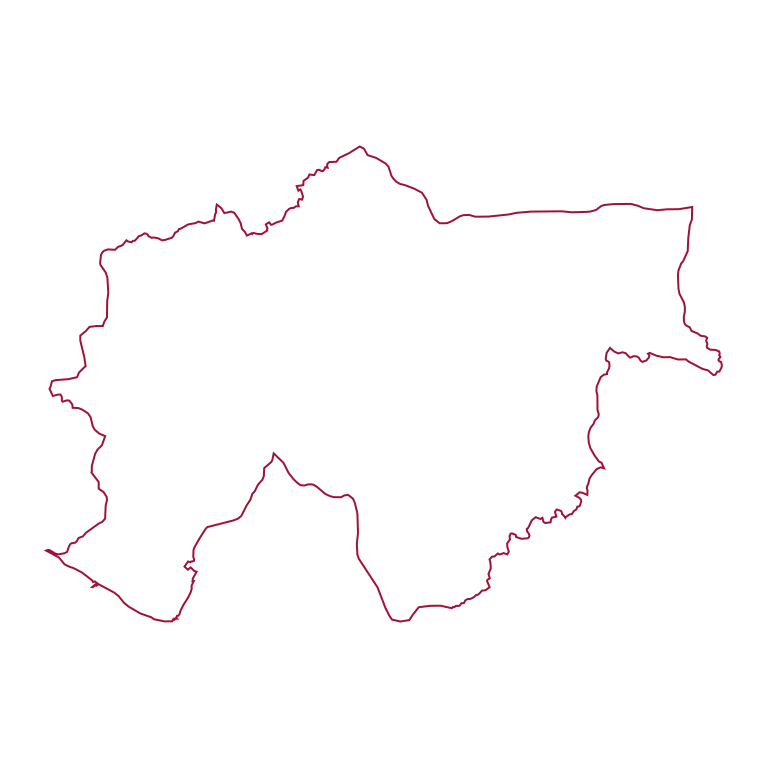 San Pedro, Antioquia, Colombia (Mercator projection)
{"feature_id": "7082276B41914425714462", "entity_name": "San Pedro", "entity_type": "district", "adm_level": 2, "iso_a3": "COL", "parent_name": "Colombia", "parent_adm1": "Antioquia", "projection": "mercator", "projection_center": [-75.553, 6.456], "detail": "fine", "context": "isolated", "style": "outline", "palette": "rose", "viewbox_px": 768, "rotation_deg": 0, "n_neighbors": 0, "source": "geoboundaries", "source_scale": "gbopen_adm2", "svg_char_len": 6047}
<svg xmlns="http://www.w3.org/2000/svg" viewBox="0 0 768 768"><path d="M692.2,207.0L678.7,209.2L667.1,209.3L657.4,210.2L643.6,208.2L638.1,205.8L630.8,203.9L613.3,204.1L604.1,205.0L601.1,206.1L596.0,210.0L590.1,211.6L586.0,211.9L571.7,212.3L561.7,211.3L530.9,211.6L516.9,212.8L508.3,214.5L488.3,216.6L475.1,216.7L469.1,214.9L463.2,215.2L459.9,216.3L452.1,221.0L447.0,223.2L439.7,223.3L434.3,219.0L428.0,205.7L426.6,199.8L421.9,192.7L414.3,188.7L404.6,185.0L400.2,184.0L396.4,181.8L393.7,179.1L391.5,175.9L388.5,166.7L385.5,163.4L375.9,157.8L367.6,155.1L363.9,148.6L359.7,146.5L348.6,153.4L339.3,157.8L336.4,161.8L329.3,162.0L327.4,163.8L327.1,165.6L327.7,167.7L325.3,167.2L324.5,169.2L322.9,171.1L321.2,170.9L319.4,169.8L317.1,170.0L314.3,175.1L309.4,174.5L308.1,177.6L303.5,180.9L303.3,185.1L296.7,186.1L298.4,190.7L300.1,189.5L301.0,190.3L303.0,196.5L302.2,199.6L299.3,199.0L298.8,199.9L297.8,202.5L298.7,206.3L296.0,206.3L293.7,207.9L291.1,208.0L289.1,208.9L286.0,211.9L284.5,216.2L282.2,220.6L276.3,222.5L272.2,224.6L271.0,224.8L269.2,222.3L266.7,223.8L265.8,224.5L267.5,228.4L266.9,230.0L267.2,230.6L261.8,234.0L257.1,233.9L253.3,232.9L252.2,234.0L251.7,233.3L246.9,235.6L244.8,231.8L242.0,228.9L240.8,223.6L238.9,219.6L234.4,212.9L231.3,211.6L224.3,213.1L221.4,208.2L216.8,204.6L215.9,209.4L216.1,212.4L215.1,214.3L214.0,220.8L212.6,220.5L204.6,223.4L198.4,221.6L195.6,223.1L188.2,224.4L180.8,228.6L178.9,229.1L177.9,231.2L175.0,232.7L173.4,236.0L171.8,237.8L164.7,240.0L162.0,240.3L158.2,238.3L154.0,237.5L151.6,237.8L148.5,236.2L147.8,234.7L146.4,233.7L144.4,233.4L141.0,235.6L139.0,236.0L134.9,240.7L132.8,240.9L131.5,242.3L127.8,241.4L126.4,240.3L122.6,245.1L117.9,247.0L115.0,249.8L107.9,249.4L104.2,250.7L102.8,251.8L101.0,254.8L100.1,262.9L100.4,264.8L105.8,272.7L107.4,277.8L108.3,293.0L107.2,301.3L107.0,317.3L104.3,321.7L102.8,326.0L95.7,326.1L89.5,326.9L85.7,331.2L80.3,335.6L80.3,340.7L84.3,357.1L85.6,366.1L79.0,372.5L77.1,377.2L68.2,379.2L55.7,380.1L51.9,381.3L50.7,386.4L49.5,388.9L52.9,396.0L57.8,394.6L60.4,394.5L61.8,396.7L61.9,400.7L62.7,401.7L67.2,400.3L69.4,400.7L72.4,404.6L72.6,407.8L78.2,408.0L82.4,409.7L87.9,413.3L90.6,417.2L92.8,426.4L94.8,429.8L99.4,433.7L105.2,436.1L101.9,445.3L97.4,449.7L95.1,453.9L91.8,466.1L91.8,471.1L91.4,472.5L98.7,482.0L98.7,488.7L103.6,492.1L106.6,496.8L107.0,500.1L105.7,505.5L105.1,518.6L102.3,521.8L99.0,523.4L86.0,532.7L82.9,536.4L78.5,538.0L76.9,541.0L75.2,542.7L71.3,543.3L70.4,544.0L69.0,546.3L67.1,551.9L64.3,553.3L58.1,554.4L55.4,553.6L49.5,550.1L47.9,549.9L46.1,550.6L59.0,557.5L64.5,564.3L70.0,567.0L73.1,567.9L81.8,572.4L92.2,580.4L93.0,582.0L94.8,581.4L97.0,583.1L92.2,587.1L92.8,587.2L95.5,585.2L96.4,585.8L98.4,584.1L114.2,592.6L118.7,596.2L124.2,603.0L128.8,606.7L140.2,613.4L151.6,617.4L153.8,619.2L164.7,621.4L172.2,621.3L173.0,619.6L173.6,620.1L174.6,619.6L174.4,618.6L177.2,618.7L176.3,617.5L176.9,615.9L178.3,615.7L179.6,614.0L180.5,610.8L183.2,605.3L188.1,597.5L190.8,592.0L191.7,588.7L191.6,585.6L193.8,581.1L192.5,581.2L192.9,578.3L196.6,571.7L194.4,571.0L190.6,567.4L187.8,569.7L184.5,566.6L188.1,561.5L190.3,562.2L190.9,561.6L193.8,561.1L194.2,559.6L193.3,556.9L193.5,549.9L194.4,547.4L199.4,538.6L205.7,528.8L207.3,527.1L233.2,520.5L237.7,518.8L241.2,516.1L246.6,505.5L250.5,499.5L252.4,493.7L254.8,491.2L257.9,484.8L262.4,479.7L263.8,476.2L264.2,468.1L271.3,462.0L272.3,460.1L273.7,453.4L283.4,462.7L288.5,472.8L293.2,478.8L297.1,482.7L300.5,485.2L304.6,485.5L307.5,484.5L310.8,484.3L313.5,484.7L317.1,487.0L325.4,494.0L330.2,496.2L334.1,497.2L341.2,497.2L344.1,495.5L348.0,494.8L353.0,498.7L354.8,502.8L357.4,513.5L358.0,533.0L356.8,544.0L357.4,554.6L358.8,558.7L377.6,587.5L385.5,608.1L389.4,615.8L392.0,619.6L400.3,621.5L409.3,620.1L413.1,614.3L418.8,607.2L430.3,605.8L440.5,605.7L451.8,608.2L452.9,607.0L454.1,607.3L456.0,605.8L458.5,606.0L459.8,605.5L461.5,603.2L463.9,603.1L465.4,600.3L467.5,599.1L470.4,598.9L473.7,597.3L475.9,595.2L477.6,594.9L479.7,593.2L482.0,590.6L485.4,590.3L489.6,587.2L487.0,580.9L487.4,579.9L489.8,578.3L488.5,574.0L490.8,568.3L490.4,562.6L489.5,559.4L492.0,556.7L494.5,556.4L497.8,553.5L499.7,554.5L503.6,553.1L507.3,554.4L508.8,551.5L507.4,547.2L507.1,543.6L510.0,539.4L509.5,536.1L510.7,533.6L512.1,533.4L515.7,534.9L516.1,537.0L521.6,538.8L527.7,538.3L528.9,537.3L529.5,535.7L528.7,533.4L527.1,531.5L526.8,528.9L528.2,527.9L531.8,520.3L535.7,517.2L540.4,519.0L542.4,517.8L543.5,521.9L545.2,523.0L550.6,522.3L551.0,519.4L552.0,517.6L556.4,516.6L554.9,511.9L556.7,509.5L560.8,510.8L561.7,512.0L562.2,514.4L563.1,514.8L565.4,517.9L565.8,517.0L569.7,514.4L571.8,514.1L573.9,511.0L576.2,509.6L577.4,506.6L578.6,506.6L579.9,505.6L581.3,501.2L581.1,499.9L579.5,497.9L575.4,495.7L579.6,492.3L582.5,492.8L587.3,494.9L587.5,490.2L586.8,488.4L587.1,486.3L588.4,483.5L589.5,478.6L591.7,475.1L596.8,469.0L600.7,467.3L604.1,468.3L601.5,462.7L598.9,461.5L594.8,455.9L590.4,448.2L588.8,442.7L588.3,436.2L589.0,431.8L590.6,427.7L593.5,424.0L594.9,420.4L597.9,417.4L598.5,415.9L598.7,413.9L597.5,410.1L597.4,395.5L596.4,391.2L596.7,386.6L600.7,377.1L603.9,374.7L607.0,374.1L607.1,372.1L609.0,368.5L609.5,366.2L609.2,362.2L606.1,360.4L605.7,358.2L606.7,352.7L610.0,347.9L614.4,351.7L618.3,353.4L622.4,352.3L625.5,353.1L629.8,357.5L631.2,357.4L633.3,356.2L636.8,356.4L638.6,357.5L640.6,360.7L642.4,361.9L646.3,360.5L648.9,357.5L649.4,355.5L648.0,353.7L649.7,352.9L656.5,355.7L663.5,357.3L670.0,357.1L678.0,359.5L686.1,359.4L688.5,361.5L702.5,368.9L707.9,370.3L713.3,375.0L715.5,374.7L717.2,371.7L719.4,371.5L721.5,367.5L721.9,365.2L721.0,361.8L719.5,361.5L718.5,360.2L718.8,358.8L720.4,357.1L719.2,355.2L719.7,353.3L719.2,351.5L715.5,349.9L710.4,349.7L707.1,347.8L706.7,346.3L707.4,344.0L706.1,340.8L707.2,337.8L705.2,336.4L700.8,335.8L697.3,333.3L691.6,331.0L689.7,327.3L686.2,325.5L684.7,323.8L683.9,321.0L683.8,316.9L684.8,311.9L684.9,307.2L683.9,302.4L679.4,293.6L678.5,288.8L677.9,275.1L678.5,270.4L681.2,263.4L683.2,261.1L687.7,251.2L688.3,237.9L689.8,225.0L691.9,219.5L692.2,207.0Z" fill="none" stroke="#9f1239" stroke-width="2"/></svg>